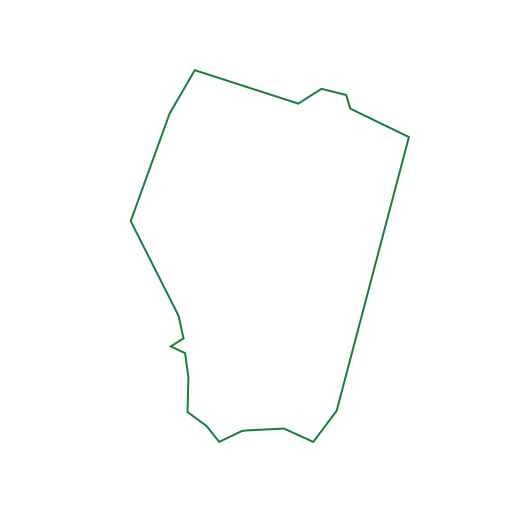 Grant, Kentucky, United States of America, rotated 25°
{"feature_id": "52423323B20105286967567", "entity_name": "Grant", "entity_type": "district", "adm_level": 2, "iso_a3": "USA", "parent_name": "United States of America", "parent_adm1": "Kentucky", "projection": "natural_earth1", "projection_center": [-84.627, 38.638], "detail": "fine", "context": "isolated", "style": "outline", "palette": "green", "viewbox_px": 512, "rotation_deg": 25, "n_neighbors": 0, "source": "geoboundaries", "source_scale": "gbopen_adm2", "svg_char_len": 425}
<svg xmlns="http://www.w3.org/2000/svg" viewBox="0 0 512 512"><g transform="rotate(25 256 256)"><path d="M229.9,100.0L122.0,113.5L117.5,163.5L127.7,277.3L211.2,343.0L225.1,361.3L217.0,374.0L232.7,374.0L245.9,394.3L259.9,426.4L283.1,431.0L301.2,440.0L317.2,420.5L321.9,417.7L354.2,400.6L386.5,400.3L394.5,362.1L344.3,83.6L279.2,82.6L269.7,72.0L244.7,76.8L229.9,100.0Z" fill="none" stroke="#15803d" stroke-width="2"/></g></svg>